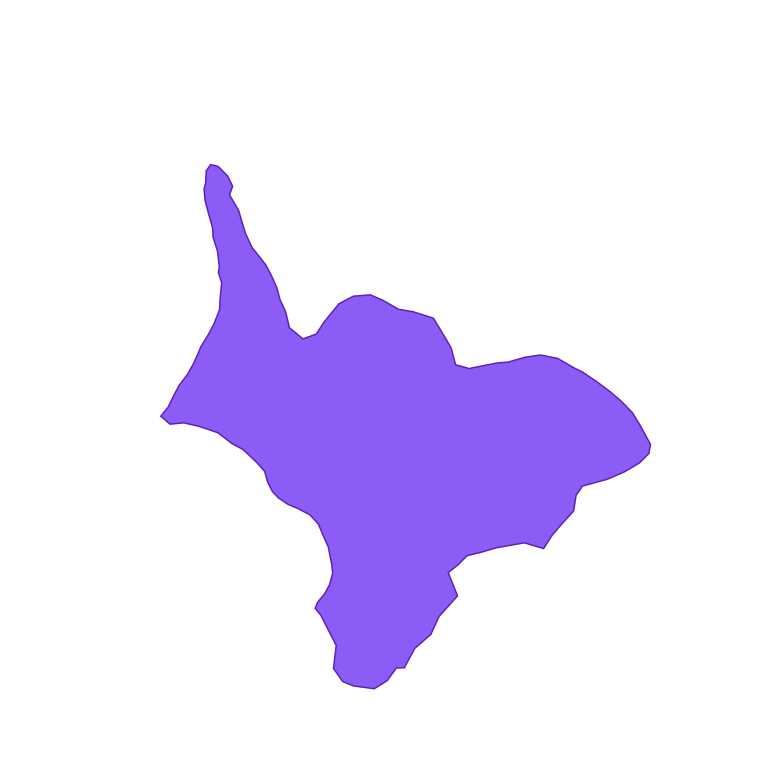 Qubadli District, Qubadli, Azerbaijan, rotated 155°
{"feature_id": "54616110B66639423042347", "entity_name": "Qubadli District", "entity_type": "district", "adm_level": 2, "iso_a3": "AZE", "parent_name": "Azerbaijan", "parent_adm1": "Qubadli", "projection": "mercator", "projection_center": [46.641, 39.301], "detail": "fine", "context": "isolated", "style": "filled", "palette": "violet", "viewbox_px": 768, "rotation_deg": 155, "n_neighbors": 0, "source": "geoboundaries", "source_scale": "gbopen_adm2", "svg_char_len": 1623}
<svg xmlns="http://www.w3.org/2000/svg" viewBox="0 0 768 768"><g transform="rotate(155 384 384)"><path d="M308.9,167.4L295.5,175.9L281.6,182.2L265.7,188.8L257.1,201.8L247.3,207.6L221.5,203.3L203.3,202.8L185.9,204.5L173.3,209.1L168.0,216.7L169.3,237.7L171.0,253.0L176.3,268.2L182.4,281.6L189.7,295.3L199.1,311.0L204.4,317.6L216.0,334.0L230.2,344.3L244.8,348.6L262.1,351.4L273.1,355.4L300.4,362.1L311.0,371.2L307.9,388.2L309.0,400.5L311.4,422.7L327.2,437.3L339.4,445.7L349.3,459.9L358.7,470.6L374.5,476.5L380.5,476.3L391.1,475.7L412.8,465.1L424.2,457.9L438.4,459.1L445.9,475.0L442.6,491.3L442.6,504.1L440.5,516.6L440.2,529.9L440.8,541.9L445.9,563.6L445.9,578.8L444.4,589.7L442.4,602.7L444.1,620.7L437.6,627.2L437.8,638.6L442.4,651.3L448.4,656.1L455.0,652.3L460.8,641.4L464.6,636.9L468.6,626.0L470.9,613.1L473.4,597.8L476.9,589.2L478.7,575.0L483.8,559.6L487.0,555.0L488.3,544.4L496.4,530.7L501.7,520.8L512.8,510.2L522.6,502.8L534.5,495.0L539.0,490.7L548.9,482.3L558.2,475.7L570.1,469.4L578.9,462.8L589.5,454.2L600.0,449.1L599.3,448.0L595.0,438.1L581.9,433.4L570.1,424.3L555.1,410.0L547.2,394.6L539.3,383.9L532.6,366.9L529.1,355.4L531.0,343.2L530.5,333.3L527.7,325.2L521.9,315.5L514.8,307.7L506.5,296.8L502.7,284.9L503.2,270.2L503.4,259.8L507.5,243.1L510.3,234.5L518.1,225.1L526.4,219.0L536.5,214.2L541.2,209.8L539.0,201.0L537.8,167.3L550.0,147.5L547.2,131.7L539.3,123.3L521.6,111.9L506.6,113.8L492.8,121.4L485.1,118.1L484.7,118.9L467.8,131.4L447.3,137.3L432.6,149.9L406.9,160.9L405.5,186.0L393.0,188.9L381.2,193.3L366.6,190.4L351.9,188.2L324.0,180.8L308.9,167.4Z" fill="#8b5cf6" stroke="#5b21b6" stroke-width="1.5"/></g></svg>